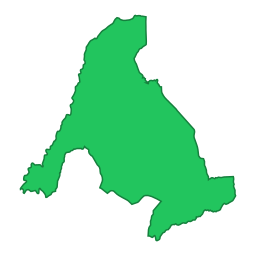 outline of Las Naves, Bolivar, Ecuador
{"feature_id": "8360857B91548183775904", "entity_name": "Las Naves", "entity_type": "district", "adm_level": 2, "iso_a3": "ECU", "parent_name": "Ecuador", "parent_adm1": "Bolivar", "projection": "equal_earth", "projection_center": [-79.297, -1.282], "detail": "fine", "context": "isolated", "style": "filled", "palette": "green", "viewbox_px": 256, "rotation_deg": 0, "n_neighbors": 0, "source": "geoboundaries", "source_scale": "gbopen_adm2", "svg_char_len": 5749}
<svg xmlns="http://www.w3.org/2000/svg" viewBox="0 0 256 256"><path d="M164.6,232.1L165.5,230.7L166.4,229.9L168.5,229.5L168.9,228.5L169.6,228.1L171.2,225.3L171.7,224.9L173.2,224.5L174.6,224.6L175.6,223.8L176.0,224.0L176.9,224.8L178.3,225.1L179.8,224.6L181.8,223.4L183.0,222.9L184.0,222.9L185.0,223.2L186.2,223.1L188.0,221.5L188.5,221.3L190.4,221.5L191.6,221.0L193.0,220.0L195.0,220.0L196.3,218.1L196.2,217.1L196.3,216.9L196.7,216.8L197.8,217.0L198.7,216.4L200.1,216.5L202.5,214.0L203.8,211.1L205.2,209.8L205.5,209.8L206.2,210.5L208.0,209.9L208.5,210.7L209.0,210.9L209.4,210.8L210.0,210.2L210.4,210.2L211.3,211.1L212.4,211.1L213.1,211.9L214.5,211.4L216.1,211.7L216.5,211.2L218.7,210.6L220.4,209.6L220.4,209.2L221.3,207.4L222.8,204.8L224.0,203.6L224.4,203.4L225.5,204.1L226.2,204.2L228.2,203.4L229.1,202.7L232.5,200.8L233.2,200.0L235.6,195.8L235.0,194.0L235.0,190.2L233.8,187.2L233.6,186.2L233.6,185.6L234.1,184.4L233.4,182.2L233.5,180.4L233.7,179.2L233.5,177.3L233.3,176.6L224.0,177.0L221.1,177.6L218.4,177.2L217.0,177.9L215.6,177.7L215.2,178.4L214.8,178.7L212.7,177.8L211.9,177.7L210.9,178.1L210.5,178.6L209.1,179.1L208.5,179.6L208.4,176.7L206.9,173.8L206.5,172.2L206.4,170.2L205.4,167.1L204.5,165.3L204.5,161.4L203.5,158.7L200.6,158.3L199.7,157.4L198.6,155.8L197.9,149.7L197.4,147.1L196.5,144.3L194.1,137.6L194.0,136.4L194.0,135.3L194.6,131.9L194.5,131.0L194.3,130.0L193.9,129.3L176.8,110.2L176.5,109.5L171.7,104.6L169.8,102.8L168.0,100.9L167.1,100.1L164.6,97.4L163.3,95.5L161.9,92.8L161.6,91.5L161.4,86.9L160.6,86.9L159.9,86.6L159.4,85.9L158.8,84.7L157.3,82.9L157.3,81.9L157.7,80.6L157.4,79.6L157.0,79.5L156.6,79.7L155.3,80.8L154.5,80.1L152.8,80.8L151.3,80.4L150.0,80.6L149.4,81.1L149.1,81.5L148.1,82.0L148.4,83.4L148.2,83.7L146.3,82.9L147.0,82.8L147.3,82.2L145.4,80.4L145.1,79.5L145.3,78.7L144.5,78.3L143.9,77.4L142.6,77.8L142.9,76.2L142.7,75.5L142.1,74.7L139.9,73.0L139.3,72.3L138.1,69.2L136.3,64.0L135.7,63.1L134.5,60.6L134.1,58.3L134.9,57.2L136.9,52.9L138.1,51.6L139.1,49.5L139.9,48.7L141.1,48.4L141.9,47.8L142.7,46.9L145.9,44.8L146.2,44.3L146.3,41.4L145.9,30.0L145.9,26.7L145.8,21.7L146.0,16.8L142.4,16.2L141.2,16.2L140.2,15.7L138.7,15.6L136.4,15.9L135.3,15.4L134.6,15.7L133.5,17.5L132.7,18.6L129.6,19.9L125.4,20.4L123.2,20.4L121.1,19.8L120.3,19.5L119.0,18.2L117.0,17.7L115.2,19.3L114.2,21.0L113.4,22.7L112.3,23.9L111.6,24.2L108.4,26.4L105.6,28.9L102.8,30.6L101.6,31.6L98.0,36.2L97.1,38.0L96.6,38.6L96.0,38.5L95.7,38.7L95.2,38.3L94.7,38.3L93.5,39.2L91.0,40.5L90.1,41.3L88.7,43.3L88.3,44.2L86.3,47.1L86.2,49.8L84.7,53.3L84.4,54.5L84.5,56.1L84.1,59.7L84.3,60.4L84.6,60.6L84.9,61.1L85.2,63.1L85.0,63.6L83.3,65.0L83.2,67.3L82.9,68.3L82.3,69.0L80.8,69.6L80.5,70.1L80.5,71.0L80.9,72.2L80.9,72.9L80.5,73.5L80.0,73.8L78.9,74.1L78.7,74.4L78.6,75.0L79.2,76.9L79.8,81.8L79.6,82.3L78.4,83.0L78.1,83.4L77.7,84.5L76.9,85.7L75.8,86.5L75.5,86.8L75.4,87.2L75.5,90.6L75.4,91.1L74.1,94.3L73.0,96.2L72.0,97.7L72.1,98.5L73.0,99.5L73.6,100.4L73.6,100.9L73.5,101.7L73.2,102.4L72.4,103.5L71.9,104.0L70.6,104.7L70.4,105.2L70.3,105.8L70.4,106.3L71.2,108.8L71.2,111.0L70.9,113.8L70.4,114.8L70.0,115.1L69.5,115.2L68.7,114.8L67.6,114.6L66.7,114.7L66.4,115.0L65.6,117.6L64.7,118.8L63.9,119.5L62.5,121.4L62.1,122.2L62.0,123.1L62.1,123.9L62.0,124.5L61.0,125.7L60.9,128.0L60.4,129.6L59.8,130.7L59.0,131.3L57.6,131.4L57.2,132.0L56.6,133.5L56.0,136.1L56.2,138.3L56.1,139.0L55.7,139.8L54.4,141.4L54.1,141.3L53.7,141.9L52.7,144.3L52.2,145.1L51.8,145.6L50.8,146.1L50.4,146.5L50.3,148.8L50.0,149.3L49.1,149.6L46.9,149.3L46.3,149.6L46.1,149.9L45.9,150.3L46.0,151.3L46.5,152.4L47.3,153.5L47.3,154.3L46.9,154.8L44.8,155.1L44.4,155.8L44.1,159.0L42.4,163.8L42.4,164.2L43.1,166.0L42.9,166.7L42.4,166.8L41.9,166.6L40.4,165.0L39.8,164.8L36.2,164.9L35.4,165.0L34.8,164.9L33.1,163.3L32.5,163.1L32.2,163.1L31.6,163.7L31.2,164.6L31.3,166.3L31.0,167.3L30.4,167.7L29.0,168.0L28.3,168.5L28.2,169.7L28.9,171.4L29.0,172.6L27.2,174.9L26.4,175.3L24.8,175.5L24.2,176.3L24.0,177.0L23.7,178.6L23.7,179.3L24.0,180.2L24.5,180.4L25.9,180.5L26.4,180.9L26.5,181.7L25.9,182.4L23.9,184.1L23.1,185.0L20.9,187.9L20.4,188.8L20.5,189.4L21.4,188.8L22.4,188.8L23.1,189.6L23.6,190.6L23.3,192.6L23.7,193.1L24.2,193.3L25.4,191.6L26.3,190.0L28.3,189.6L29.4,190.2L30.8,191.4L31.9,191.3L35.2,190.5L35.9,191.1L37.4,193.4L38.4,193.5L38.8,193.0L39.0,189.8L39.2,189.0L39.4,188.6L39.9,188.4L40.3,188.7L40.9,189.8L42.9,191.3L44.7,193.7L45.5,195.1L45.8,197.2L46.1,197.4L47.1,197.1L48.5,195.9L51.0,194.5L51.7,193.0L52.9,191.9L55.5,191.3L55.6,189.2L56.2,188.7L57.1,187.1L57.6,180.7L58.0,180.2L59.7,175.9L59.9,174.7L59.6,173.3L59.7,172.8L60.4,172.7L60.5,172.3L60.7,170.0L61.4,168.7L61.5,166.2L62.2,164.8L62.2,163.9L62.7,162.9L63.1,162.7L63.9,161.9L64.2,161.1L64.1,158.3L64.6,156.6L64.7,154.9L66.0,152.8L66.4,152.5L69.2,152.1L70.0,151.8L70.8,150.8L72.5,150.4L74.0,149.0L74.8,149.2L76.9,148.5L81.4,148.5L81.6,148.9L82.1,149.1L83.0,149.0L83.6,148.3L84.6,146.5L85.8,147.8L87.8,149.0L88.6,149.7L88.8,150.2L88.7,151.6L89.3,153.5L91.0,155.4L92.4,156.3L97.3,164.8L98.8,166.3L99.5,167.4L100.0,169.2L100.2,171.7L100.5,173.6L101.4,174.9L102.2,176.9L102.5,179.5L102.3,181.2L99.9,187.5L99.9,187.9L101.1,188.3L107.4,193.3L110.4,190.9L111.1,190.7L113.1,190.8L113.7,191.1L116.9,194.1L118.9,195.5L122.4,197.5L126.7,199.8L128.3,200.8L131.9,204.3L137.7,202.3L138.6,201.6L141.5,198.2L143.3,196.5L144.2,195.8L145.6,195.5L148.1,195.5L151.7,196.5L156.9,198.9L161.2,201.3L153.3,210.7L153.3,214.2L151.8,215.9L151.5,217.1L151.3,218.9L150.5,221.2L150.6,225.1L149.1,227.3L148.5,229.7L148.1,236.0L149.5,236.0L152.2,237.4L153.0,237.0L154.0,235.9L154.7,235.6L155.0,236.0L155.4,237.1L155.9,239.7L156.1,240.3L156.6,240.6L157.5,240.5L159.4,239.4L159.8,238.7L160.2,236.6L162.5,233.3L163.0,232.8L164.6,232.1Z" fill="#22c55e" stroke="#15803d" stroke-width="1.5"/></svg>